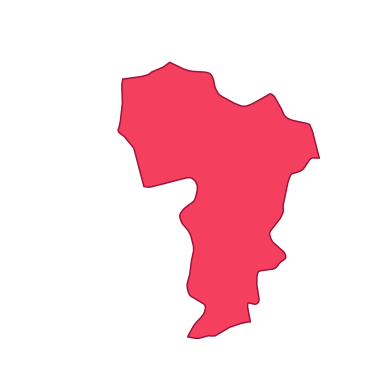 the border of Béja, rotated 212°
{"feature_id": "TUN-103", "entity_name": "Béja", "entity_type": "Governorate", "adm_level": 1, "iso_a3": "TUN", "parent_name": "Tunisia", "parent_adm1": "", "projection": "mercator", "projection_center": [9.232, 36.761], "detail": "fine", "context": "isolated", "style": "filled", "palette": "rose", "viewbox_px": 384, "rotation_deg": 212, "n_neighbors": 0, "source": "natural_earth", "source_scale": "10m", "svg_char_len": 2251}
<svg xmlns="http://www.w3.org/2000/svg" viewBox="0 0 384 384"><g transform="rotate(212 192 192)"><path d="M73.4,112.7L75.3,111.8L80.8,106.5L88.5,97.1L96.1,82.3L99.4,80.1L101.8,78.9L108.7,71.5L111.3,69.9L118.7,66.9L119.1,68.3L119.7,78.9L119.3,83.6L117.9,90.3L117.5,94.6L117.8,96.4L118.2,98.2L119.2,100.9L120.3,102.2L121.5,103.0L122.6,103.3L138.0,103.0L139.6,103.5L141.4,104.7L144.5,107.4L145.9,109.1L147.0,110.7L147.9,113.0L150.2,120.7L156.2,133.8L159.4,142.7L160.7,144.9L161.9,146.7L170.1,154.5L172.4,156.0L174.7,157.2L183.6,160.1L186.5,162.0L189.0,164.2L189.9,165.7L190.4,167.1L190.5,168.4L190.3,170.8L190.0,173.0L189.5,174.8L188.6,177.4L188.0,178.8L187.6,180.1L187.0,181.3L185.6,185.3L185.7,187.2L186.3,190.0L188.3,195.8L189.8,198.6L191.1,200.4L194.4,202.6L195.6,203.1L197.8,203.5L198.9,203.6L200.0,203.5L201.1,203.2L202.3,202.5L204.6,200.7L228.4,175.6L230.6,173.6L233.0,172.2L235.7,171.2L264.6,198.4L278.6,203.1L285.2,203.7L286.7,204.5L287.5,205.5L287.9,206.6L288.4,208.9L290.2,213.9L298.3,230.8L308.0,245.2L310.6,251.0L296.0,263.2L291.4,268.2L290.4,270.5L289.9,272.2L282.6,282.7L279.6,290.2L264.7,291.8L259.2,293.1L255.3,294.7L244.6,300.5L242.3,301.4L240.3,301.8L238.9,301.7L237.3,301.3L235.1,300.0L233.6,298.9L228.1,293.1L225.9,291.6L222.6,289.8L220.2,289.0L217.2,288.8L203.0,289.7L195.6,291.1L193.4,292.2L191.3,293.8L190.5,294.8L187.5,298.9L177.7,316.8L175.7,317.1L172.6,316.6L159.8,309.6L155.3,306.4L153.7,305.8L151.8,305.3L148.5,305.3L145.0,305.9L130.7,311.1L128.1,311.6L122.2,307.5L102.0,288.2L106.6,285.6L107.9,284.7L108.7,283.6L109.2,282.5L109.4,281.5L109.6,272.6L110.0,269.7L110.5,268.6L111.0,267.5L112.6,265.2L116.5,260.8L117.3,259.7L117.0,256.1L115.6,250.5L107.3,228.2L105.4,225.8L104.4,224.0L103.7,221.9L103.2,216.2L104.8,200.7L104.7,199.3L104.3,197.9L102.9,196.3L100.5,194.4L97.9,192.8L96.9,192.3L82.7,189.9L81.4,189.4L80.1,188.6L78.8,187.6L78.0,186.4L77.6,185.1L78.1,183.3L78.7,182.0L79.3,180.7L79.8,179.2L80.2,177.4L80.3,174.6L80.6,173.0L81.1,171.6L81.7,170.5L82.7,169.4L91.8,161.8L92.8,160.7L93.4,159.6L93.2,157.6L92.3,155.0L87.6,147.3L78.2,136.5L77.5,135.1L77.2,133.6L77.9,131.4L78.7,130.5L79.7,129.9L80.3,129.7L84.9,128.0L85.7,127.3L84.1,124.1L73.5,112.7L73.4,112.7Z" fill="#f43f5e" stroke="#9f1239" stroke-width="1.5"/></g></svg>